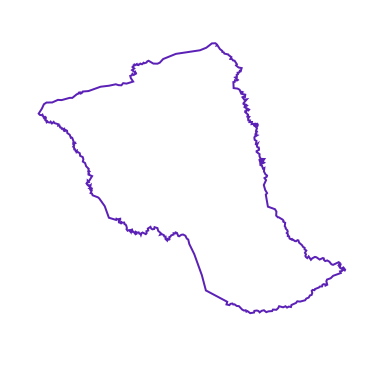 Sak Lek, Phichit, Thailand (Albers equal-area conic projection), rotated 253°
{"feature_id": "78962969B74597047667398", "entity_name": "Sak Lek", "entity_type": "district", "adm_level": 2, "iso_a3": "THA", "parent_name": "Thailand", "parent_adm1": "Phichit", "projection": "albers", "projection_center": [100.505, 16.509], "detail": "fine", "context": "isolated", "style": "outline", "palette": "violet", "viewbox_px": 384, "rotation_deg": 253, "n_neighbors": 0, "source": "geoboundaries", "source_scale": "gbopen_adm2", "svg_char_len": 5972}
<svg xmlns="http://www.w3.org/2000/svg" viewBox="0 0 384 384"><g transform="rotate(253 192 192)"><path d="M93.8,176.5L76.7,193.6L74.4,192.1L72.9,194.7L73.8,196.1L73.5,198.1L72.4,198.5L72.1,199.9L70.0,201.4L69.1,203.5L64.9,205.6L63.4,207.1L63.2,208.8L61.7,209.0L61.9,210.2L59.1,212.3L58.6,216.1L60.1,216.9L59.7,219.4L58.7,220.8L57.1,221.5L58.0,223.8L57.9,226.2L55.4,227.9L55.5,230.3L54.7,233.8L55.9,235.0L54.7,238.3L55.8,240.5L57.3,241.9L55.1,245.4L55.4,248.0L53.7,249.1L54.1,251.1L53.1,253.0L54.9,254.1L55.5,259.0L56.7,260.7L55.6,263.3L55.4,268.5L56.7,270.2L56.9,272.7L58.6,274.5L58.6,276.3L60.3,277.5L62.5,277.6L63.1,278.7L62.3,280.4L63.2,281.2L63.6,285.6L64.2,286.5L63.7,288.8L65.1,289.6L65.4,290.9L64.7,292.4L63.5,292.3L63.8,294.2L67.4,294.4L68.8,295.5L69.0,299.4L70.6,302.5L71.0,310.6L72.8,310.4L72.6,312.2L73.8,313.3L72.3,315.1L72.9,315.7L75.6,314.7L75.2,312.3L76.1,311.5L77.5,311.1L77.6,311.8L79.1,312.8L79.4,311.2L80.8,312.6L82.0,311.8L81.1,305.6L82.1,304.2L85.2,303.0L87.0,301.3L87.0,299.2L88.6,298.3L90.0,298.6L90.6,297.8L90.1,294.3L93.1,292.0L94.0,290.6L93.4,287.5L92.4,285.9L96.3,284.7L95.1,282.9L96.4,282.0L97.7,281.7L99.1,282.8L100.8,282.2L102.6,284.2L104.3,282.9L105.7,283.4L107.1,282.1L108.9,281.7L112.3,279.6L114.6,279.6L115.1,278.7L114.5,277.1L115.2,275.8L116.7,274.9L116.9,273.8L117.9,273.8L118.1,272.5L119.0,271.7L121.2,271.9L121.8,270.7L123.6,271.4L125.1,270.6L125.9,271.9L127.5,272.0L129.7,270.9L130.7,271.2L132.1,270.7L135.3,272.1L137.0,270.6L137.9,271.1L139.1,270.6L142.5,267.5L142.7,266.7L144.8,265.6L148.6,267.0L151.3,266.3L155.8,260.3L167.9,261.8L169.0,263.5L172.5,262.6L177.7,262.7L181.7,266.3L184.1,265.4L184.8,268.0L185.8,268.6L187.5,267.4L190.7,266.8L193.8,268.2L193.6,266.7L196.6,266.6L197.7,265.3L199.5,265.7L198.6,266.6L199.0,269.5L199.9,268.8L200.8,265.9L203.0,265.9L203.1,266.4L200.9,268.9L202.4,270.8L203.4,268.0L204.2,267.2L206.7,267.0L208.4,267.7L211.4,265.5L212.2,265.7L212.7,268.3L213.5,268.7L215.1,268.8L215.5,267.8L216.2,267.5L217.6,267.6L219.0,268.8L218.6,267.6L219.1,267.0L221.9,268.6L223.6,267.2L225.7,267.5L226.5,268.1L227.2,270.9L228.2,269.4L229.1,269.8L229.3,270.7L230.8,270.8L230.8,271.7L232.1,271.3L233.9,272.7L234.8,272.4L236.2,274.2L237.4,274.6L238.2,274.3L238.3,273.2L236.4,271.6L237.4,270.8L238.9,271.8L239.5,268.8L241.4,269.8L242.1,267.4L243.5,268.3L244.1,266.8L245.8,267.1L247.1,268.6L248.1,266.2L248.2,267.9L249.6,268.2L252.9,266.2L253.6,266.5L253.2,267.4L254.8,268.2L253.5,269.8L254.1,270.7L257.8,267.0L259.3,267.9L258.4,268.8L258.6,269.9L259.7,269.2L261.1,267.0L261.8,267.1L264.6,271.5L265.0,269.0L267.9,268.0L268.1,268.9L267.4,270.4L269.5,271.4L271.5,267.9L272.1,267.9L272.8,269.5L273.3,268.9L272.9,267.7L275.9,267.4L277.5,265.9L279.2,262.2L285.0,263.7L284.8,265.0L286.3,265.7L285.5,267.5L285.8,268.6L288.9,266.8L288.9,268.6L290.9,268.9L291.2,270.3L292.7,270.5L292.5,272.0L294.6,273.7L293.1,273.4L293.1,273.8L296.0,275.7L297.5,272.9L300.2,271.1L301.0,272.3L305.1,271.1L305.8,269.7L307.2,269.3L308.0,267.6L309.5,269.1L312.2,267.0L312.9,266.9L314.9,263.4L316.2,263.2L317.1,261.9L318.1,262.2L320.5,260.5L324.9,259.2L324.9,258.4L325.7,259.0L327.4,257.9L328.3,254.5L325.8,247.9L325.2,241.1L328.8,217.0L327.6,203.3L325.1,199.0L324.8,196.5L326.1,192.6L330.2,188.8L330.0,187.4L329.1,186.3L329.1,183.8L329.7,183.5L328.8,181.5L329.9,180.1L329.4,179.2L329.6,178.0L329.1,177.8L329.6,176.7L330.5,176.6L329.9,174.6L330.7,174.1L330.1,173.5L330.9,173.4L329.4,172.8L328.9,171.7L327.0,172.9L326.1,170.3L323.7,172.0L323.7,172.7L322.7,172.4L322.4,173.1L321.6,173.1L321.0,170.5L322.4,169.6L321.2,168.6L321.1,166.9L318.8,166.8L314.8,168.0L314.8,161.1L316.2,158.0L314.7,155.7L315.6,153.1L317.3,150.6L317.9,143.7L319.4,135.4L318.8,122.5L320.0,117.0L319.2,116.2L319.6,115.1L318.9,115.1L318.6,114.3L319.3,113.3L319.9,114.0L320.2,113.1L319.1,111.4L319.2,110.5L317.0,105.1L317.8,102.6L318.0,94.2L319.3,90.7L318.5,84.5L320.1,79.0L319.2,76.0L315.7,72.9L311.8,68.3L310.3,69.0L309.4,70.6L309.7,71.6L307.3,71.8L306.6,72.5L306.9,73.4L306.1,74.0L305.5,73.9L305.2,72.4L304.2,73.1L303.5,72.8L303.1,73.4L301.4,73.4L301.9,74.3L300.9,74.6L299.9,76.6L300.5,77.4L298.5,78.1L299.5,80.2L298.1,80.6L295.8,84.1L294.6,83.4L294.4,84.7L292.4,84.8L292.2,85.4L290.6,85.9L290.7,86.7L289.6,87.1L289.8,88.3L289.1,88.2L288.9,87.4L287.9,87.5L287.4,88.3L288.1,89.4L287.1,90.4L284.8,90.0L282.5,91.8L279.3,92.0L279.4,92.8L278.7,93.3L274.7,93.5L274.0,93.0L273.7,93.8L273.2,92.9L273.4,93.9L272.8,94.5L272.3,92.5L271.2,92.9L270.1,91.7L269.7,92.3L267.3,91.9L267.2,92.5L265.1,92.7L265.3,94.0L263.6,93.4L263.5,94.6L261.9,96.0L259.3,95.6L257.4,97.7L255.1,97.7L253.0,96.5L251.0,98.2L247.5,98.3L244.3,100.0L243.3,99.3L241.7,99.9L241.7,98.8L239.4,98.9L239.6,98.3L238.9,98.1L236.4,101.1L233.0,97.2L232.8,96.1L233.5,95.6L232.0,95.1L232.1,96.2L231.6,96.3L231.5,94.2L231.0,93.6L229.3,94.2L228.0,96.5L228.2,97.0L227.6,96.7L227.8,95.1L225.9,96.3L225.5,95.3L224.6,97.1L223.8,96.3L224.2,95.4L223.4,95.5L222.8,96.5L220.6,94.7L219.7,95.9L217.9,96.0L214.4,100.5L213.0,101.4L204.0,104.4L191.7,105.0L187.5,111.2L188.5,111.9L187.6,112.9L187.4,115.5L186.4,115.2L186.1,113.6L184.4,113.3L184.0,115.5L183.6,115.4L183.6,114.2L182.7,115.0L183.1,116.3L182.6,118.2L180.9,118.1L180.3,119.0L178.9,119.3L176.5,119.2L175.6,118.5L173.8,119.1L174.0,120.6L172.0,121.5L173.6,121.8L173.6,123.7L171.3,123.4L171.2,124.4L168.1,125.7L168.3,126.5L169.6,126.0L170.4,126.5L169.2,127.6L169.0,129.2L167.5,129.5L167.2,130.5L165.9,130.6L167.4,131.7L167.7,132.9L165.2,135.5L165.9,136.6L167.8,136.9L168.0,138.9L169.9,139.0L170.8,142.1L169.0,142.3L167.9,143.2L167.7,144.9L169.3,145.9L167.6,148.4L164.8,148.3L161.6,150.2L160.5,149.1L160.5,150.8L159.1,152.4L157.6,152.5L157.1,153.7L154.9,152.9L152.9,154.0L154.3,154.8L153.2,155.8L153.3,156.6L155.5,157.1L155.6,158.3L156.6,159.4L156.7,161.9L158.0,162.3L157.3,164.0L158.1,164.5L157.3,165.6L153.9,166.0L153.4,166.8L154.2,169.3L153.9,171.1L152.1,172.9L149.0,173.4L147.6,174.5L143.1,174.2L131.9,176.0L109.5,177.1L93.8,176.5Z" fill="none" stroke="#5b21b6" stroke-width="2"/></g></svg>